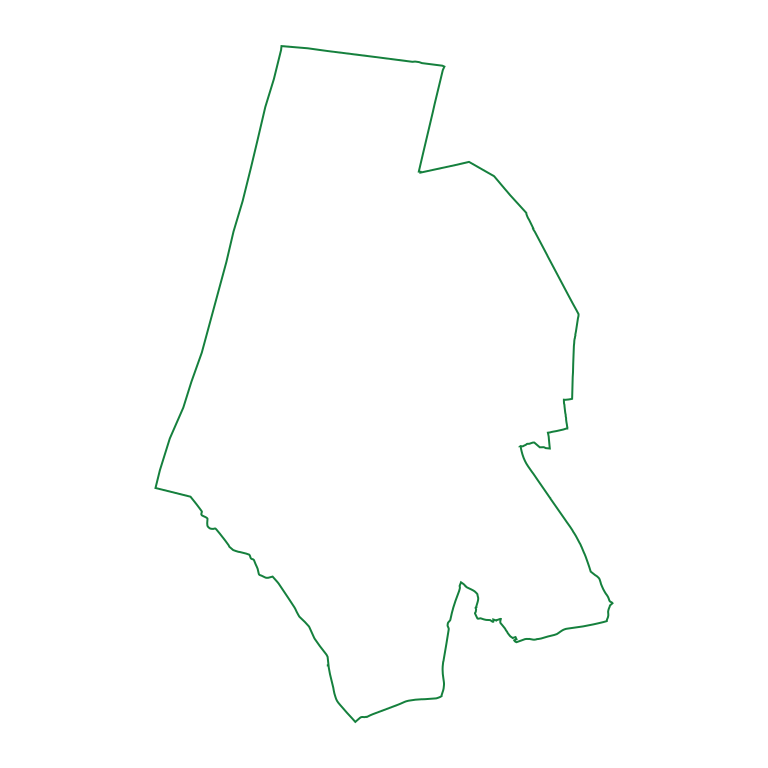 outline of Schagen, Noord-Holland, Netherlands
{"feature_id": "6326949B3670086386110", "entity_name": "Schagen", "entity_type": "district", "adm_level": 2, "iso_a3": "NLD", "parent_name": "Netherlands", "parent_adm1": "Noord-Holland", "projection": "mercator", "projection_center": [4.782, 52.788], "detail": "fine", "context": "isolated", "style": "outline", "palette": "green", "viewbox_px": 768, "rotation_deg": 0, "n_neighbors": 0, "source": "geoboundaries", "source_scale": "gbopen_adm2", "svg_char_len": 5988}
<svg xmlns="http://www.w3.org/2000/svg" viewBox="0 0 768 768"><path d="M355.3,721.9L359.8,718.0L360.6,717.4L361.0,717.3L361.3,717.1L362.4,717.0L364.1,717.1L364.8,717.1L366.3,716.8L366.8,717.0L370.2,715.3L372.8,714.2L398.3,704.6L400.5,703.7L404.8,701.8L406.2,701.3L408.6,700.7L415.4,699.7L421.0,699.3L424.7,699.2L435.8,698.4L436.5,698.3L438.6,697.6L440.1,697.0L441.6,696.1L441.6,695.5L441.8,694.6L443.2,690.3L443.6,688.5L443.8,686.7L444.0,684.8L444.0,683.2L443.8,681.4L443.4,678.6L442.8,674.0L442.6,669.7L442.6,668.7L442.7,666.4L443.1,662.6L443.3,661.4L443.5,661.0L443.7,659.6L446.4,643.8L448.7,629.5L448.7,628.6L448.6,628.2L447.9,626.5L447.7,626.1L447.6,625.8L447.6,625.2L447.8,623.6L448.0,622.9L448.2,622.5L448.9,621.7L449.9,620.6L450.2,620.2L450.4,619.5L451.9,612.8L452.7,609.9L453.3,607.6L455.5,600.8L458.2,593.5L458.7,592.1L459.0,591.4L459.5,589.6L459.8,588.5L459.9,587.9L459.8,586.7L459.6,586.0L461.0,582.3L462.6,583.4L463.6,584.1L465.9,586.4L465.8,586.5L467.0,587.4L471.4,589.5L473.3,590.5L474.7,591.4L476.5,593.1L477.4,594.2L477.6,595.6L478.2,597.9L478.2,599.0L478.1,599.7L478.0,600.5L477.6,602.1L476.5,605.8L476.4,606.7L476.4,607.0L476.2,607.0L475.9,607.2L475.8,607.4L475.6,607.7L475.6,607.9L475.6,608.1L475.9,608.7L476.1,609.1L476.1,609.3L475.8,611.5L475.7,611.9L475.0,613.1L475.0,613.4L476.4,616.4L477.4,618.4L477.7,618.6L478.1,618.7L480.6,618.3L480.9,618.4L483.6,619.3L485.2,619.7L486.2,619.9L490.1,620.1L490.6,620.4L492.5,621.7L493.0,621.8L493.3,621.7L493.4,620.9L493.3,619.5L496.3,620.5L496.5,620.1L496.8,620.0L497.2,620.0L500.3,618.9L500.8,619.0L500.3,621.0L500.3,622.4L500.4,622.8L500.7,623.3L502.0,624.8L504.9,628.4L505.4,629.2L506.0,630.4L506.6,631.1L507.1,631.8L507.8,633.2L508.7,634.3L509.6,635.5L510.4,636.4L512.3,637.7L512.6,638.0L515.5,637.1L516.5,639.2L514.2,640.3L514.5,640.8L515.0,641.4L515.6,641.8L516.5,642.2L519.0,641.3L521.0,640.6L524.8,639.2L525.3,639.1L526.8,638.9L528.2,639.0L529.2,638.9L533.0,639.6L533.7,639.7L534.5,639.7L536.2,639.4L536.9,639.1L538.4,639.0L541.1,638.5L547.9,636.5L554.1,635.0L556.8,634.1L558.5,633.0L560.3,631.7L562.6,630.2L564.1,629.5L565.9,628.9L567.0,628.7L583.1,626.4L593.3,624.4L597.8,623.4L603.3,622.1L606.8,621.1L606.9,620.0L607.0,619.6L607.9,617.4L608.3,615.6L608.3,614.7L608.3,614.1L608.1,611.8L608.4,610.1L608.9,608.5L609.7,606.6L609.8,606.0L610.1,605.3L611.2,604.4L612.5,603.2L612.1,602.7L611.7,602.4L610.7,601.9L610.2,601.6L609.5,600.8L609.4,600.6L608.8,598.8L608.1,597.1L607.1,595.4L605.7,593.5L604.5,591.5L603.2,589.1L602.0,586.4L601.0,584.0L600.6,582.4L599.7,579.6L599.4,578.9L599.1,578.4L598.5,577.7L597.0,576.3L595.8,575.5L595.4,575.3L590.7,571.6L589.3,567.1L587.8,562.7L585.6,556.5L585.1,555.3L584.5,553.8L584.0,552.8L581.5,546.8L581.0,545.8L580.9,545.7L580.8,545.2L580.0,543.6L579.6,543.0L575.9,536.0L574.0,532.9L573.6,532.4L572.3,530.1L570.2,526.9L566.5,521.7L566.3,521.4L565.0,519.5L554.1,503.9L550.4,498.6L550.3,498.2L550.2,498.2L537.7,480.1L533.4,473.8L531.9,471.8L529.6,468.5L528.0,466.2L526.3,463.5L524.9,460.8L523.9,458.5L523.6,457.8L522.5,454.6L521.7,451.7L521.0,448.7L520.6,446.2L520.4,446.2L520.5,446.1L522.1,446.3L522.7,446.3L523.1,446.2L524.3,445.5L525.5,445.0L526.3,444.5L526.7,444.1L527.1,443.9L527.6,443.8L529.0,443.8L529.9,443.6L531.2,443.1L532.8,442.6L534.1,442.5L534.7,442.9L539.8,447.3L543.6,447.2L544.4,447.4L545.7,448.1L549.8,448.5L548.9,439.2L548.7,436.7L548.4,435.0L547.9,432.7L550.1,432.4L551.4,432.0L553.4,431.6L556.3,431.1L563.4,429.5L566.4,428.5L567.3,428.5L567.3,428.2L567.4,427.5L567.1,426.3L566.9,424.7L566.4,421.8L566.1,419.5L566.1,418.1L565.7,416.2L565.7,414.9L565.3,413.1L565.1,411.6L564.5,406.3L564.4,404.7L564.1,403.7L564.0,403.0L563.9,400.9L563.9,399.7L565.3,399.8L568.4,399.5L570.9,399.1L572.1,398.8L572.2,396.3L572.7,377.2L573.0,372.3L573.2,364.3L573.5,356.0L573.9,345.8L574.2,343.0L574.3,340.9L574.6,338.8L574.8,338.4L574.9,337.8L575.0,337.0L575.0,336.9L575.4,335.5L575.4,335.3L575.3,334.8L575.6,333.1L575.9,331.7L576.3,329.1L578.0,318.0L578.2,317.2L578.3,316.9L578.3,316.6L578.5,316.0L578.5,314.9L579.1,314.9L578.9,314.8L576.3,309.9L572.7,303.4L568.0,294.6L547.6,256.1L547.3,255.4L534.8,231.7L533.5,229.7L533.0,228.6L533.3,228.4L529.2,220.0L527.9,217.8L527.2,216.2L526.6,214.6L526.4,214.0L526.3,212.9L510.0,195.0L506.8,191.2L504.8,188.9L494.1,176.2L469.0,161.9L455.6,165.0L420.5,172.6L420.6,171.8L418.8,171.6L423.1,153.2L425.3,143.9L432.7,112.6L434.8,103.3L435.8,99.2L438.5,88.0L440.0,81.8L442.8,70.1L444.4,66.6L442.4,65.7L421.9,63.1L419.7,62.3L419.0,62.1L415.5,61.6L414.6,61.6L412.7,61.8L411.6,61.7L373.6,56.8L327.2,51.0L307.9,48.3L281.5,46.1L281.1,49.9L273.9,79.0L265.3,107.0L257.4,140.7L250.9,167.9L242.6,201.2L233.5,231.6L226.4,261.9L201.8,352.6L191.4,381.8L183.3,407.6L169.8,438.5L159.9,470.2L155.5,488.0L190.5,496.7L196.4,504.1L199.8,508.6L201.6,511.1L201.9,511.8L201.8,512.1L201.6,512.8L201.4,513.6L201.3,514.1L201.4,514.5L201.8,515.2L202.3,515.6L205.7,517.2L206.8,517.9L207.3,518.4L207.5,518.8L207.4,520.2L207.2,523.2L207.4,525.6L207.8,526.5L208.6,527.4L209.2,527.9L210.1,528.5L211.3,528.8L213.3,528.9L214.4,528.6L215.0,528.5L215.5,528.6L215.7,528.8L216.4,529.5L219.8,533.6L225.4,540.8L228.6,545.2L229.4,546.8L233.1,550.0L233.6,550.2L235.8,551.0L238.4,551.8L239.8,552.0L246.2,553.6L248.2,554.3L249.1,554.6L249.3,554.8L249.5,555.0L249.9,555.7L250.5,557.5L250.8,558.2L250.9,558.4L251.6,558.9L252.9,559.3L253.2,559.4L253.8,559.9L254.0,560.2L255.6,564.2L256.8,566.8L257.6,568.7L258.8,573.9L259.0,574.3L259.3,574.7L259.7,575.0L261.6,575.7L265.5,577.6L266.4,577.8L268.1,577.8L272.6,576.6L277.3,581.9L278.6,583.5L279.4,584.7L288.1,597.7L294.4,607.3L295.2,608.7L296.7,611.9L298.2,614.7L299.3,616.6L300.1,617.4L304.9,622.0L309.0,626.5L309.5,627.5L314.1,637.7L314.7,638.8L320.0,646.3L326.5,654.7L327.6,656.8L328.5,665.1L327.8,665.2L327.8,665.4L328.5,665.3L328.8,667.8L330.0,674.2L333.3,687.8L333.8,690.7L334.4,693.5L335.4,696.8L336.1,698.9L337.0,700.8L337.4,701.4L338.2,702.6L340.1,704.9L346.9,712.7L351.9,718.1L355.3,721.9Z" fill="none" stroke="#15803d" stroke-width="2"/></svg>